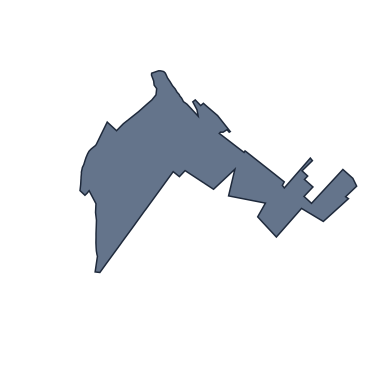 the district of Guadalupe Etla, Oaxaca, Mexico, rotated 46°
{"feature_id": "50627088B16387311054674", "entity_name": "Guadalupe Etla", "entity_type": "district", "adm_level": 2, "iso_a3": "MEX", "parent_name": "Mexico", "parent_adm1": "Oaxaca", "projection": "equal_earth", "projection_center": [-96.805, 17.176], "detail": "fine", "context": "isolated", "style": "filled", "palette": "slate", "viewbox_px": 384, "rotation_deg": 46, "n_neighbors": 0, "source": "geoboundaries", "source_scale": "gbopen_adm2", "svg_char_len": 1876}
<svg xmlns="http://www.w3.org/2000/svg" viewBox="0 0 384 384"><g transform="rotate(46 192 192)"><path d="M283.0,162.6L279.9,124.6L304.4,118.0L305.5,84.1L302.1,84.8L302.2,69.5L293.9,66.8L280.6,67.8L283.2,113.9L273.0,114.5L272.4,101.5L261.1,102.4L260.9,97.7L253.2,98.1L253.1,83.6L249.8,83.3L253.2,122.8L250.0,122.4L248.8,118.6L237.2,120.1L201.1,125.0L199.3,125.3L199.7,127.1L168.8,131.7L168.7,130.0L170.6,128.0L171.5,123.5L174.8,123.7L175.1,122.5L154.8,120.5L141.2,121.8L136.1,122.2L135.9,125.7L128.0,125.7L127.7,128.8L136.3,131.3L141.8,134.9L125.3,134.6L121.0,135.4L118.5,134.6L116.8,134.2L114.8,134.1L112.8,133.5L109.7,133.4L106.2,132.5L102.0,132.2L97.2,131.1L93.0,130.4L89.7,129.2L87.9,128.6L85.7,128.7L84.1,129.7L82.8,130.6L81.5,132.0L79.7,135.9L78.5,138.5L79.7,139.9L85.6,142.5L88.8,145.0L93.1,145.6L97.1,150.4L97.9,157.0L97.5,163.8L97.1,174.5L95.3,192.9L95.2,193.9L95.3,198.0L95.5,203.7L94.9,203.7L93.5,203.8L83.2,204.4L82.8,204.4L87.5,217.4L91.3,227.8L91.4,228.2L91.5,229.5L91.3,231.4L91.1,233.6L91.0,235.0L91.1,236.6L91.1,237.3L91.2,238.0L91.6,239.2L91.9,240.3L92.2,241.0L93.3,243.6L93.6,244.3L94.8,246.6L96.9,250.4L97.2,251.0L97.9,253.0L98.2,253.8L98.6,254.4L99.5,255.7L99.9,256.3L100.8,257.7L101.1,258.0L101.9,258.7L104.2,261.4L105.1,262.3L105.7,263.0L107.0,264.4L109.3,266.9L113.2,271.6L120.0,271.3L120.0,269.1L120.0,268.4L119.9,267.4L119.6,265.1L133.7,269.2L139.7,275.6L145.9,280.3L150.0,284.5L152.3,286.9L155.1,289.8L157.9,292.5L161.8,296.4L165.3,299.5L167.9,301.7L170.8,303.7L172.6,304.7L175.5,308.5L182.2,317.2L184.9,315.0L185.9,314.2L185.1,309.7L184.0,303.6L180.4,282.8L180.2,281.9L180.1,281.0L179.3,276.9L176.4,260.0L175.4,254.5L172.6,238.9L172.5,237.9L170.9,228.9L170.6,227.1L164.3,191.4L172.2,190.4L171.8,182.1L205.0,174.6L205.4,145.3L220.2,168.4L251.0,146.9L255.5,162.0L262.4,162.2L283.0,162.6Z" fill="#64748b" stroke="#1e293b" stroke-width="1.5"/></g></svg>